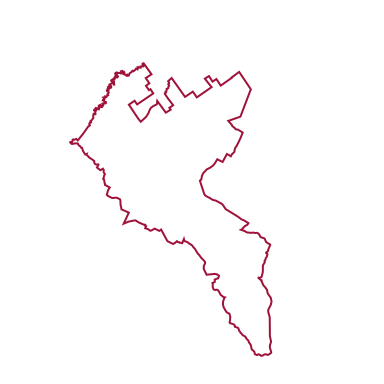 Beliu, Arad, Romania (Albers equal-area conic projection), rotated 111°
{"feature_id": "2599482B53045213319316", "entity_name": "Beliu", "entity_type": "district", "adm_level": 2, "iso_a3": "ROU", "parent_name": "Romania", "parent_adm1": "Arad", "projection": "albers", "projection_center": [21.977, 46.527], "detail": "fine", "context": "isolated", "style": "outline", "palette": "rose", "viewbox_px": 384, "rotation_deg": 111, "n_neighbors": 0, "source": "geoboundaries", "source_scale": "gbopen_adm2", "svg_char_len": 6070}
<svg xmlns="http://www.w3.org/2000/svg" viewBox="0 0 384 384"><g transform="rotate(111 192 192)"><path d="M190.2,321.6L189.9,320.7L188.5,318.6L187.6,316.1L189.0,314.4L189.4,312.8L190.3,311.5L190.2,310.5L192.9,308.3L195.2,305.1L194.2,304.0L195.0,304.0L196.0,301.3L196.5,300.9L197.9,294.9L198.1,294.5L198.3,294.6L200.1,293.3L200.7,292.2L200.6,291.0L199.8,289.5L200.0,289.1L203.2,289.5L204.5,285.4L202.2,283.5L202.7,283.0L203.0,282.3L205.2,281.6L206.5,279.7L208.4,279.9L210.6,279.5L211.5,279.7L211.8,279.4L211.9,278.6L215.7,276.3L215.7,276.0L216.6,275.7L217.3,270.4L220.6,271.0L225.2,270.5L225.9,268.5L226.2,264.6L226.0,263.7L224.4,260.7L224.3,259.6L224.7,256.5L225.4,255.9L230.0,253.9L230.9,253.1L233.5,251.6L233.9,243.6L246.0,244.4L242.4,240.6L238.9,235.1L238.9,233.6L239.5,231.0L239.8,224.3L238.6,224.1L240.3,223.6L240.4,222.6L242.6,222.7L242.4,220.0L243.1,217.1L242.4,216.0L239.6,213.8L240.0,208.5L238.1,207.4L246.7,197.3L247.3,191.0L245.6,189.6L243.3,188.4L243.8,187.4L243.5,186.1L243.8,185.4L243.3,184.0L243.4,183.4L243.3,182.8L238.8,182.7L240.1,181.8L240.5,181.0L240.4,178.7L240.7,177.3L241.2,176.1L241.2,175.1L241.9,172.6L243.0,171.0L244.0,168.9L247.4,164.6L248.0,163.1L250.3,159.5L251.2,157.3L252.7,154.7L254.0,154.2L256.8,154.5L259.6,153.5L264.0,148.7L260.3,141.4L260.0,140.2L260.0,138.6L260.5,136.8L262.1,136.6L263.3,136.7L264.2,138.0L265.6,139.4L267.7,138.5L269.7,140.3L270.4,139.6L272.8,138.9L275.0,137.2L275.3,136.1L275.0,135.0L274.5,134.3L274.3,132.6L275.5,130.9L277.7,128.5L278.0,127.6L278.0,127.1L278.8,125.4L278.6,123.6L279.0,123.8L282.5,123.8L284.7,123.3L285.8,122.8L288.2,121.2L291.0,117.8L292.0,116.1L292.2,113.4L294.9,111.5L298.6,110.4L300.2,110.2L300.8,109.5L300.6,106.1L300.9,104.7L301.4,104.1L302.3,103.9L302.5,103.5L302.3,100.6L302.7,99.8L304.8,98.1L305.3,97.0L306.2,96.0L306.4,95.0L307.1,94.1L307.6,92.9L307.7,91.3L308.5,89.4L309.3,88.9L310.6,86.0L311.8,85.2L313.7,82.4L317.7,79.7L318.2,77.7L319.0,76.4L320.8,75.2L321.0,72.9L319.6,71.7L319.8,69.8L320.2,68.9L319.4,67.5L317.8,66.2L317.0,64.9L317.0,63.0L316.0,61.9L313.7,60.5L313.0,60.7L309.6,63.4L307.4,64.3L303.5,64.5L298.5,67.7L282.7,73.9L280.5,74.9L276.9,77.7L274.7,78.6L269.0,78.0L265.7,78.5L262.6,80.5L259.5,85.0L256.4,87.0L254.6,89.7L253.7,91.7L252.0,93.5L251.2,94.0L250.8,94.9L249.5,95.3L249.4,96.7L248.1,99.9L248.0,98.5L247.6,97.6L246.5,96.7L245.6,96.7L241.4,97.2L235.1,99.5L231.6,98.9L230.2,99.6L229.5,99.2L227.4,99.4L226.0,99.0L223.6,99.1L222.8,99.6L222.6,100.7L222.2,101.0L221.1,100.7L220.6,100.1L219.3,99.9L218.5,100.2L213.3,100.0L212.8,100.9L212.7,102.5L212.0,105.1L209.7,107.2L209.3,108.1L209.5,110.5L209.3,112.2L207.5,114.1L206.8,116.0L206.9,116.9L207.6,118.2L207.9,120.1L209.0,122.4L210.0,125.9L209.9,127.5L209.6,128.5L209.7,132.7L208.9,132.0L204.8,130.4L202.8,128.6L200.8,128.2L199.8,133.6L199.9,134.6L199.7,136.4L198.6,140.1L195.9,154.5L193.0,158.5L192.4,160.1L191.5,166.5L191.9,169.7L191.7,171.1L191.1,173.8L191.0,175.8L190.4,178.7L189.2,180.1L178.6,188.7L177.1,187.8L173.2,188.5L170.5,188.3L165.6,186.3L162.7,183.7L159.9,181.9L157.0,180.9L152.4,180.1L153.0,174.2L144.0,173.0L144.7,168.5L142.6,168.3L139.9,167.0L138.9,166.8L137.6,167.3L134.9,167.4L133.4,166.9L129.9,166.5L123.5,166.0L118.3,166.0L117.3,171.6L117.8,173.5L117.4,174.5L117.1,174.6L115.9,178.2L115.2,178.7L112.6,183.6L104.5,174.0L104.0,173.8L75.0,173.9L63.0,191.0L70.8,196.0L71.0,195.7L82.4,203.3L77.8,209.7L81.6,212.4L77.7,217.7L81.6,220.6L87.1,211.3L101.9,221.4L98.0,227.2L105.7,232.6L92.9,251.8L97.1,254.0L98.0,252.6L99.1,252.3L99.8,252.8L101.0,251.4L101.9,251.8L103.6,251.4L104.9,252.6L105.4,252.2L106.6,252.3L107.6,251.9L107.9,252.0L108.3,252.7L108.7,252.6L108.9,252.1L110.1,252.6L113.7,247.3L117.7,240.7L121.5,243.3L122.8,241.4L127.3,244.9L119.4,257.1L121.0,256.7L121.6,256.3L122.7,256.3L124.0,257.3L125.4,258.8L128.2,260.5L130.2,260.9L133.8,260.9L138.1,261.7L144.8,265.0L142.8,268.5L133.1,282.2L127.4,278.3L129.9,274.6L113.9,263.5L110.9,267.6L112.3,268.7L109.4,273.0L105.8,270.8L102.2,276.0L96.6,272.0L89.2,283.2L89.2,283.5L89.9,284.1L91.0,283.7L91.1,282.1L92.2,282.5L93.3,285.1L94.4,284.6L94.7,286.1L94.7,287.2L95.0,287.6L96.3,286.7L97.0,286.8L96.8,288.0L96.9,288.5L98.5,288.9L100.2,289.9L100.0,290.8L100.6,291.3L101.5,291.3L103.5,292.7L106.0,292.8L106.7,294.1L104.8,294.3L106.7,295.0L106.4,296.7L106.5,297.7L104.6,297.9L104.2,298.6L105.7,299.1L104.0,300.5L104.7,301.5L106.1,300.6L106.9,300.9L106.7,302.2L107.3,303.4L107.3,305.0L107.6,305.5L108.3,306.1L108.7,306.1L108.6,304.7L108.9,304.4L110.1,305.4L110.6,305.2L110.4,303.1L110.6,302.5L111.0,302.5L111.9,303.0L111.9,303.6L112.4,304.2L112.5,305.3L112.9,305.5L113.8,304.8L114.5,304.7L114.6,305.7L114.9,306.2L116.7,307.4L117.1,307.4L117.7,305.8L116.7,304.9L116.7,304.5L119.6,303.1L119.8,303.6L118.7,304.4L118.5,305.5L119.9,306.2L121.2,307.6L121.9,307.5L122.1,305.6L122.7,305.0L123.6,305.0L123.9,305.3L123.8,305.7L123.4,306.1L123.3,306.9L123.4,307.5L124.1,308.0L124.4,307.6L124.4,306.4L124.7,306.1L125.0,306.2L125.1,307.4L125.6,307.8L126.3,307.8L126.7,306.7L127.2,306.3L127.4,306.6L127.2,307.4L127.8,307.8L128.2,307.5L128.3,306.4L129.2,305.3L130.9,306.0L131.7,305.0L132.4,305.8L133.9,305.9L133.9,307.4L135.2,307.2L135.2,308.2L135.5,308.6L135.9,307.5L136.4,307.0L137.7,308.1L138.3,308.1L137.9,307.0L138.8,306.5L139.0,304.4L140.1,304.3L140.4,304.8L139.6,305.4L139.6,305.7L141.1,306.1L141.3,306.9L141.6,307.3L142.0,307.1L142.0,306.4L142.7,306.5L143.0,306.0L145.0,306.5L145.2,307.3L144.9,307.5L144.1,307.2L144.3,308.6L143.6,308.9L144.8,310.0L145.1,309.9L145.5,308.8L148.2,308.6L148.2,309.0L147.4,309.4L147.3,309.8L148.4,310.0L149.0,310.5L148.0,311.5L148.1,312.0L149.1,311.9L150.1,312.8L150.9,312.7L151.1,312.2L150.0,311.7L149.7,310.8L152.2,311.0L153.8,310.0L154.1,310.2L153.8,310.9L154.1,311.7L154.8,311.9L157.3,311.2L158.2,310.6L160.9,311.4L162.2,312.2L162.8,312.1L162.7,311.4L163.1,311.1L163.4,311.2L164.3,312.3L165.5,312.3L166.3,311.2L167.4,311.7L167.9,312.3L176.9,314.6L184.8,317.1L183.9,319.1L185.1,320.2L185.5,320.9L185.5,321.8L186.1,322.2L187.6,321.7L188.1,321.8L189.0,323.5L189.4,323.5L190.2,321.6Z" fill="none" stroke="#9f1239" stroke-width="2"/></g></svg>